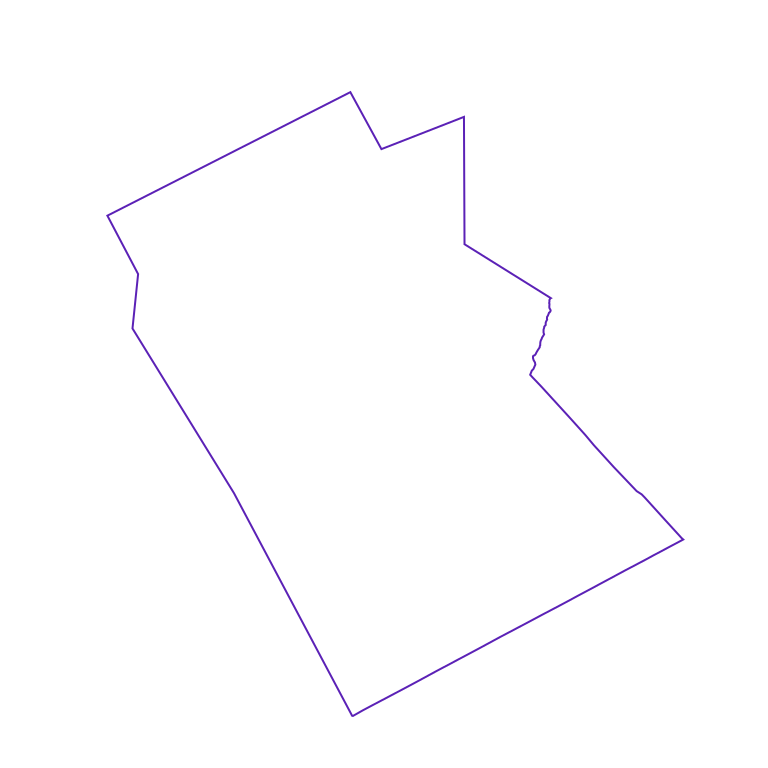 outline of Tin-Essako, Kidal, Mali, rotated 62°
{"feature_id": "8926073B78830545080626", "entity_name": "Tin-Essako", "entity_type": "district", "adm_level": 2, "iso_a3": "MLI", "parent_name": "Mali", "parent_adm1": "Kidal", "projection": "equal_earth", "projection_center": [3.476, 18.561], "detail": "fine", "context": "isolated", "style": "outline", "palette": "violet", "viewbox_px": 768, "rotation_deg": 62, "n_neighbors": 0, "source": "geoboundaries", "source_scale": "gbopen_adm2", "svg_char_len": 1413}
<svg xmlns="http://www.w3.org/2000/svg" viewBox="0 0 768 768"><g transform="rotate(62 384 384)"><path d="M662.5,567.3L662.2,555.7L662.2,544.5L662.3,519.9L662.3,496.0L662.1,472.7L662.1,447.9L662.1,424.7L661.9,400.1L662.0,376.6L662.0,352.3L662.1,329.5L662.0,311.8L662.0,305.9L661.9,278.8L661.8,258.1L661.9,234.9L661.8,226.8L661.8,209.1L661.8,205.8L661.8,192.8L659.6,193.6L635.8,199.7L606.5,207.1L602.4,208.3L597.2,211.2L565.3,220.1L536.7,227.4L523.5,230.2L501.4,235.7L485.0,239.9L475.7,242.3L460.5,246.2L448.0,249.7L444.5,250.6L443.2,249.1L441.6,247.2L440.9,245.0L438.9,242.5L438.0,241.3L435.9,240.6L433.1,240.7L431.2,240.3L429.9,239.7L429.4,239.3L429.2,238.7L429.4,237.6L428.9,236.2L427.7,234.6L426.3,232.3L425.5,230.8L424.7,229.3L423.7,228.7L423.2,227.9L422.4,227.5L420.9,226.6L420.1,226.0L419.1,225.0L418.3,223.8L417.2,222.6L415.9,220.3L415.3,219.3L414.7,219.2L413.5,219.0L410.9,217.6L409.3,216.0L408.6,215.6L408.2,214.7L407.8,213.5L406.9,213.1L405.6,212.3L404.7,211.2L403.7,209.7L402.7,209.4L401.3,208.5L400.6,207.2L399.4,205.8L398.5,204.8L398.5,204.1L398.0,203.0L397.2,202.3L396.3,202.2L394.9,202.3L393.8,202.0L392.1,201.0L391.0,200.3L390.1,200.2L389.0,199.3L387.6,198.6L387.0,197.8L386.5,196.8L386.5,196.7L386.5,196.4L298.4,247.3L185.7,188.0L175.4,276.0L110.5,276.7L105.5,549.2L171.5,549.5L216.9,580.0L410.0,567.7L661.5,567.9L661.7,568.0L662.5,567.3Z" fill="none" stroke="#5b21b6" stroke-width="2"/></g></svg>